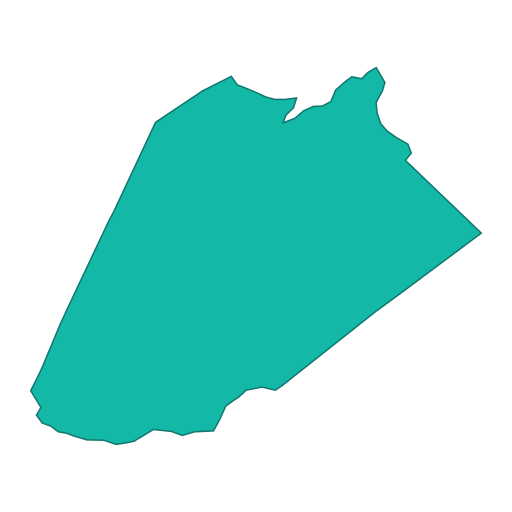 outline of Areia Branca, Sergipe, Brazil
{"feature_id": "56859067B35376876870912", "entity_name": "Areia Branca", "entity_type": "district", "adm_level": 2, "iso_a3": "BRA", "parent_name": "Brazil", "parent_adm1": "Sergipe", "projection": "albers", "projection_center": [-37.332, -10.786], "detail": "fine", "context": "isolated", "style": "filled", "palette": "teal", "viewbox_px": 512, "rotation_deg": 0, "n_neighbors": 0, "source": "geoboundaries", "source_scale": "gbopen_adm2", "svg_char_len": 965}
<svg xmlns="http://www.w3.org/2000/svg" viewBox="0 0 512 512"><path d="M481.3,233.1L405.4,160.4L411.3,153.0L407.9,144.2L396.2,137.5L386.9,130.8L380.8,123.7L377.1,113.0L376.1,102.5L382.3,91.1L384.9,82.5L376.2,67.6L367.9,72.5L361.8,78.7L351.8,76.8L345.2,81.6L335.7,90.0L330.8,101.6L322.2,106.1L313.5,106.4L303.9,110.6L294.9,118.3L283.0,122.8L286.1,114.9L293.5,107.8L296.6,98.0L285.2,99.4L274.7,99.4L266.1,97.1L256.4,92.6L246.1,88.3L237.3,84.9L231.3,76.4L202.5,90.9L155.6,122.3L151.2,131.6L113.9,211.3L108.3,222.0L69.2,304.8L60.4,323.8L42.1,367.6L37.7,376.9L30.7,390.7L36.1,399.5L40.9,407.5L36.5,415.1L42.2,423.0L50.7,426.1L58.3,431.8L66.5,433.2L74.8,436.3L87.0,439.9L103.9,440.2L116.1,444.4L125.1,443.0L133.9,441.3L153.4,429.5L171.2,431.4L182.2,435.4L194.7,431.8L213.5,430.9L219.5,419.9L225.7,406.2L232.5,401.2L239.5,396.4L246.1,390.2L261.8,387.1L275.5,390.2L283.0,384.9L375.7,311.5L401.8,292.4L481.3,233.1Z" fill="#14b8a6" stroke="#0f766e" stroke-width="1.5"/></svg>